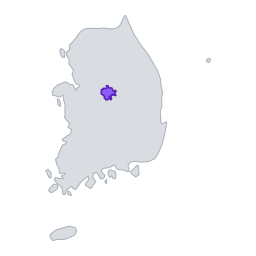 location of Goesan-gun, North Chungcheong, South Korea
{"feature_id": "91817680B74553451927555", "entity_name": "Goesan-gun", "entity_type": "district", "adm_level": 2, "iso_a3": "KOR", "parent_name": "South Korea", "parent_adm1": "North Chungcheong", "projection": "albers", "projection_center": [127.853, 36.767], "detail": "fine", "context": "in_parent", "style": "filled", "palette": "violet", "viewbox_px": 256, "rotation_deg": 0, "n_neighbors": 0, "source": "geoboundaries", "source_scale": "gbopen_adm2", "svg_char_len": 4478}
<svg xmlns="http://www.w3.org/2000/svg" viewBox="0 0 256 256"><path d="M68.5,50.2L69.6,49.4L69.6,48.3L69.7,44.6L72.6,42.0L76.7,36.8L78.8,33.9L81.1,31.2L83.7,29.4L86.3,28.6L90.4,28.3L98.2,28.6L99.7,28.3L105.2,28.1L106.4,28.5L110.4,28.9L114.7,28.5L116.9,27.7L119.0,26.4L120.7,24.0L122.6,19.5L124.5,16.0L125.6,15.4L133.7,33.9L141.5,45.9L148.2,54.5L157.8,71.2L160.7,80.1L161.0,85.7L162.7,93.3L161.5,97.7L162.0,104.6L161.4,108.2L160.3,110.8L160.4,115.8L160.8,118.5L160.9,122.0L161.6,123.4L162.7,123.9L164.5,122.6L166.6,122.0L166.3,126.3L163.9,137.2L161.8,145.1L158.8,152.0L155.0,158.4L150.4,160.9L147.1,161.8L140.8,162.2L135.6,161.2L131.1,162.0L129.3,163.3L128.0,165.6L129.0,169.0L128.9,171.6L126.9,171.4L123.1,169.9L118.9,169.8L116.9,169.0L114.9,165.4L112.9,165.5L109.4,167.7L103.9,168.2L102.0,169.3L101.4,170.9L102.2,172.8L104.9,175.3L104.0,177.9L101.1,179.2L98.8,176.0L97.4,172.9L95.8,172.7L93.3,173.6L92.8,176.9L93.9,179.2L95.8,181.8L93.2,184.9L92.4,187.0L90.5,188.6L85.3,185.1L86.1,182.6L88.4,180.3L88.7,177.9L87.9,176.4L80.5,182.5L75.8,189.5L73.4,188.9L72.4,187.1L71.0,186.4L66.0,190.8L65.0,194.4L63.2,194.5L62.4,193.0L62.4,189.7L61.6,187.0L56.5,182.9L54.2,179.4L55.5,177.5L59.8,178.6L63.2,178.5L62.5,176.9L61.4,176.1L63.7,175.2L65.6,173.3L64.0,172.8L61.6,173.8L59.7,173.3L59.0,168.7L56.6,164.0L55.5,159.4L57.9,156.9L59.1,152.8L61.4,147.0L62.5,145.1L65.6,143.7L66.7,142.2L65.0,141.4L62.4,140.7L62.5,139.0L64.3,138.1L66.3,136.3L70.3,134.0L71.5,129.8L70.4,128.7L68.0,127.6L68.6,125.5L69.6,123.8L69.2,122.8L66.4,120.0L64.5,117.4L65.1,114.5L64.8,110.1L65.1,106.5L65.0,104.5L63.6,99.9L63.1,95.4L61.2,96.1L59.7,97.2L54.5,95.5L52.8,95.4L52.2,92.0L54.2,87.9L58.7,84.3L61.3,83.9L63.2,82.4L66.3,81.9L69.9,84.4L73.1,84.9L74.9,89.2L76.0,90.1L76.2,88.6L78.9,86.8L79.5,85.4L78.9,84.6L75.9,83.8L73.3,78.5L72.9,76.2L72.0,74.7L73.5,70.5L70.4,65.7L68.9,64.1L69.2,59.8L67.6,57.0L66.7,55.5L66.2,52.9L66.7,51.7L68.1,51.3L68.5,50.2ZM55.4,239.7L53.8,240.6L52.4,240.1L52.0,239.6L50.3,237.2L49.8,236.0L51.1,233.7L55.9,229.9L68.4,226.4L70.7,226.3L75.6,227.9L76.6,230.9L75.7,233.4L74.5,235.1L68.8,237.9L64.3,239.3L55.4,239.7ZM139.1,174.5L135.8,177.1L131.5,173.7L130.4,171.8L133.7,169.0L136.5,165.8L138.3,165.6L139.1,174.5ZM115.9,174.3L115.6,178.4L113.2,178.6L111.7,176.0L110.2,177.3L109.4,177.3L108.2,174.0L108.0,171.5L110.8,169.6L112.5,170.7L115.0,171.3L115.9,174.3ZM53.0,192.0L50.8,192.6L49.5,191.1L48.7,190.8L49.2,188.9L52.8,185.2L53.6,184.0L56.9,184.8L58.1,186.8L56.5,189.7L53.0,192.0ZM64.8,52.0L64.6,57.5L62.7,57.2L61.5,56.7L61.0,55.6L59.8,50.5L61.2,48.4L63.9,50.1L64.8,52.0ZM51.1,177.0L50.6,178.0L49.1,177.6L47.7,174.7L47.1,172.5L45.6,171.2L48.0,169.3L51.1,172.9L51.1,177.0ZM60.6,103.8L60.1,106.5L57.9,104.6L57.4,98.7L59.6,100.5L60.6,103.8ZM209.9,61.5L208.4,62.7L206.6,61.6L206.3,60.3L207.2,59.1L209.4,58.3L210.4,59.3L209.9,61.5ZM70.8,193.4L71.4,195.3L68.6,194.9L67.1,193.0L67.4,191.4L69.0,191.2L70.8,193.4ZM106.8,182.3L106.4,183.6L104.7,181.6L106.4,179.5L106.8,182.3Z" fill="#d9dde1" stroke="#a8b0b8" stroke-width="1"/><path d="M101.3,90.1L101.5,91.0L101.5,91.4L101.5,91.8L101.1,92.1L101.1,92.5L101.1,93.5L101.4,93.9L101.6,94.2L102.1,94.4L102.3,94.7L102.5,94.8L103.1,95.0L103.3,95.2L103.7,95.3L103.9,95.5L104.2,96.1L104.6,96.5L104.6,96.8L104.2,97.0L104.1,97.4L104.1,97.6L104.6,98.1L104.8,98.2L105.1,98.5L105.3,98.9L105.5,99.3L105.8,99.8L106.1,99.8L106.6,99.9L106.9,99.6L107.5,99.6L108.0,99.6L108.5,99.5L108.6,98.9L108.8,98.6L109.4,98.4L109.3,97.8L109.8,98.2L110.1,98.7L110.4,99.0L110.8,99.3L110.9,99.6L111.1,99.5L111.4,99.4L111.5,98.9L111.5,98.3L111.4,97.7L111.1,97.4L110.8,97.3L110.2,97.1L109.7,96.9L109.6,96.4L109.9,96.2L110.4,96.2L110.9,96.3L111.2,96.1L111.5,95.6L111.9,95.3L111.9,94.6L112.1,94.4L112.6,94.5L112.8,95.0L113.2,95.2L113.7,94.9L113.8,94.6L114.2,94.8L114.7,95.2L115.3,95.6L115.8,95.5L115.9,95.2L115.6,94.8L115.2,94.6L114.8,94.4L114.7,94.0L114.7,93.5L114.9,93.3L115.2,93.0L115.4,92.8L115.2,92.3L115.6,91.9L115.6,91.5L115.9,90.9L115.5,90.9L115.2,90.6L114.6,90.5L114.5,91.0L113.8,91.3L113.2,91.2L113.0,90.9L112.9,90.3L112.8,89.7L112.5,89.3L112.1,88.8L112.0,88.4L111.7,87.9L111.3,88.1L111.0,88.2L110.4,87.9L109.8,87.8L108.9,87.7L108.7,87.4L108.4,86.7L108.3,86.2L108.0,85.8L107.6,85.6L107.4,85.6L107.0,85.6L106.7,85.6L106.4,86.1L106.5,86.4L106.6,87.3L106.6,87.7L106.6,88.3L105.8,88.5L105.4,88.5L105.0,88.4L104.4,88.3L103.8,88.3L103.4,88.3L103.1,88.6L103.2,89.0L103.0,89.4L102.1,89.3L101.8,89.4L101.7,89.7L101.6,90.0L101.3,90.1Z" fill="#8b5cf6" stroke="#5b21b6" stroke-width="1.5"/></svg>